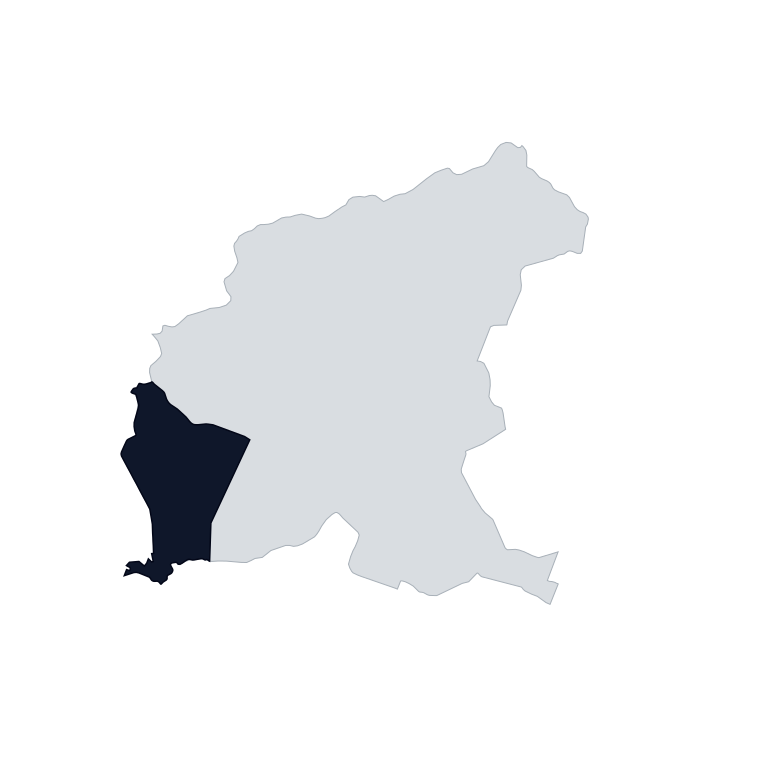 South Sudan, with Eastern Equatoria highlighted, rotated 111°
{"feature_id": "SDS-892", "entity_name": "Eastern Equatoria", "entity_type": "State", "adm_level": 1, "iso_a3": "SSD", "parent_name": "South Sudan", "parent_adm1": "", "projection": "natural_earth1", "projection_center": [34.12, 4.76], "detail": "fine", "context": "in_parent", "style": "filled", "palette": "ink", "viewbox_px": 768, "rotation_deg": 111, "n_neighbors": 0, "source": "natural_earth", "source_scale": "10m", "svg_char_len": 5825}
<svg xmlns="http://www.w3.org/2000/svg" viewBox="0 0 768 768"><g transform="rotate(111 384 384)"><path d="M566.0,579.2L547.1,601.1L545.7,602.4L543.4,604.1L535.8,604.2L527.9,603.1L520.6,597.4L513.2,601.8L508.6,603.2L505.8,603.7L499.2,604.4L490.0,606.8L485.8,609.7L483.5,612.0L481.7,616.3L480.7,616.8L479.0,616.3L476.7,614.5L471.7,612.1L469.2,606.6L467.0,603.3L465.1,601.6L457.2,607.0L453.4,608.3L450.3,608.2L444.7,605.1L438.4,602.5L435.2,602.5L430.3,605.8L424.8,610.6L422.0,615.5L420.6,618.3L418.7,613.9L416.9,611.2L414.2,610.1L409.0,611.2L407.7,609.6L407.4,605.9L406.7,602.4L405.3,599.8L401.3,597.2L390.8,592.0L382.8,581.5L378.8,576.6L375.8,573.5L371.6,565.2L366.9,559.5L361.1,556.9L357.3,558.2L353.4,564.3L345.9,570.0L342.5,570.2L338.2,567.1L332.7,564.9L322.9,563.9L318.8,566.6L313.5,571.0L309.0,573.6L306.2,573.9L303.6,572.9L300.7,572.3L298.1,572.2L292.9,568.2L290.1,565.3L288.3,562.5L285.4,560.6L281.9,559.0L279.4,556.4L278.2,553.3L276.3,549.3L273.7,545.6L265.7,539.1L263.3,535.3L261.7,531.5L258.4,527.4L254.9,521.8L253.8,513.7L253.7,507.2L253.0,504.2L251.5,501.2L249.8,498.6L247.0,495.7L240.5,491.5L233.7,486.7L230.5,483.8L224.4,482.8L220.7,480.0L217.6,473.9L216.4,469.0L213.3,465.2L212.0,462.5L211.3,459.3L213.8,449.7L210.2,446.2L204.9,441.8L201.1,437.0L198.8,432.5L192.0,426.6L177.1,417.8L168.6,412.2L163.9,407.2L159.8,402.2L159.4,400.2L162.1,395.3L162.5,391.2L160.4,386.7L151.5,378.3L144.4,369.0L139.0,366.1L126.1,363.6L122.4,362.6L118.5,360.8L114.7,356.6L113.4,351.7L115.4,343.8L114.2,341.4L112.0,340.7L112.6,339.1L115.1,335.2L119.1,332.7L129.8,328.8L130.4,327.3L130.7,322.4L131.6,320.0L135.3,313.1L135.8,310.4L136.0,304.6L136.6,301.9L137.6,299.9L140.6,296.5L141.6,294.4L142.1,290.0L141.9,281.2L143.4,277.7L150.2,269.7L152.0,266.1L152.7,262.9L152.6,259.6L153.0,256.4L155.1,253.3L156.8,252.3L161.8,251.4L165.1,252.0L188.8,246.5L191.6,247.2L192.8,250.5L192.7,255.7L193.1,258.2L194.3,260.0L198.1,262.4L200.6,266.6L202.0,268.1L205.8,270.9L223.3,294.5L228.2,296.8L233.1,296.0L242.6,291.1L247.4,289.8L280.9,291.2L284.7,290.5L284.9,290.6L289.9,302.4L292.4,305.1L329.1,305.3L328.4,301.9L328.9,298.1L335.4,290.9L336.3,290.0L342.0,286.5L347.5,284.2L358.2,281.5L362.1,277.2L364.3,273.3L364.4,265.6L365.8,264.3L368.3,262.5L380.6,255.6L382.7,254.2L404.4,270.2L416.6,282.9L417.4,283.5L418.0,283.7L418.6,283.3L419.2,282.7L420.7,282.2L425.9,282.0L435.8,281.4L439.0,279.9L458.9,257.2L464.0,250.0L465.3,248.5L468.1,243.4L471.2,234.5L471.8,233.5L493.5,212.3L494.3,210.6L494.5,209.3L491.3,202.1L490.6,198.5L490.4,192.9L491.1,184.2L490.9,178.7L490.6,177.2L490.4,176.9L478.3,161.3L508.9,161.1L509.0,159.2L508.9,158.5L508.3,156.7L508.0,154.2L508.0,152.8L508.2,151.5L508.2,150.8L508.1,150.2L508.1,149.9L508.3,149.7L530.2,150.0L530.0,154.4L527.3,164.8L527.3,171.0L526.7,178.1L525.9,180.3L524.8,182.0L524.4,182.8L524.4,183.6L528.9,223.4L528.6,225.1L527.4,227.6L527.0,228.4L527.0,229.0L527.5,229.5L537.6,233.8L538.1,234.0L538.5,234.4L542.1,239.5L562.1,258.4L562.8,259.3L564.9,265.3L565.1,266.2L565.2,267.6L565.1,268.7L564.6,272.2L564.8,273.8L565.1,274.9L565.4,276.1L565.4,276.5L565.2,277.4L562.2,284.2L561.3,289.1L561.0,293.2L561.2,295.6L561.5,297.1L561.8,297.7L562.0,297.9L570.7,298.0L570.6,300.2L571.8,336.1L571.8,340.1L571.4,345.2L570.4,347.2L568.0,350.0L564.9,352.6L557.1,353.3L550.7,353.2L546.1,352.6L539.8,352.4L533.9,353.0L531.7,355.2L523.9,374.3L521.4,379.0L520.8,381.8L521.5,383.5L524.6,385.9L531.3,389.3L539.0,391.3L544.7,392.1L548.6,393.0L551.6,394.1L562.6,402.8L566.1,406.8L568.0,410.3L568.5,414.2L570.0,418.0L580.0,429.9L589.5,435.5L593.1,441.9L596.6,445.0L599.9,448.3L601.7,453.3L605.8,467.6L608.6,475.2L611.4,481.3L612.6,491.3L614.8,495.8L617.1,501.3L621.0,506.2L625.0,510.0L625.8,511.0L584.7,557.7L566.0,579.2Z" fill="#d9dde1" stroke="#a8b0b8" stroke-width="1"/><path d="M625.8,511.0L626.0,511.6L625.7,512.2L625.3,512.8L625.0,513.4L625.0,514.0L625.1,514.5L626.7,517.3L627.4,518.2L628.2,518.7L629.3,518.5L630.4,517.6L632.3,515.3L633.3,514.5L634.1,514.3L635.1,514.3L636.0,514.4L636.9,514.7L637.9,515.4L639.9,517.2L641.0,517.6L642.1,517.3L643.0,516.9L643.8,516.7L645.0,517.0L648.0,519.2L650.6,520.3L650.8,520.8L649.6,522.9L649.3,524.2L649.4,525.2L650.3,527.2L650.7,528.5L650.7,529.6L650.4,530.7L648.6,533.3L648.4,534.0L648.2,545.2L648.6,547.8L649.7,550.0L656.0,557.8L653.0,557.8L649.5,557.8L649.4,554.6L647.6,554.5L646.3,555.5L646.1,557.8L645.8,559.4L641.7,557.8L641.6,557.7L639.4,553.1L637.5,549.2L639.8,542.5L636.3,541.3L631.7,541.3L633.4,537.2L632.4,535.8L628.8,538.1L625.6,540.1L624.7,538.4L621.5,539.8L617.7,541.4L613.5,543.3L609.7,544.9L606.2,546.5L602.4,548.1L597.9,550.0L594.8,551.8L591.6,553.7L588.4,555.6L584.7,557.8L580.0,563.1L575.4,568.5L570.7,573.9L566.0,579.2L562.3,583.6L558.4,588.0L553.3,594.0L548.8,599.2L545.4,603.1L545.2,603.3L543.5,604.4L541.5,604.7L534.0,604.3L533.0,604.2L529.8,604.0L528.4,603.7L527.4,603.1L521.5,597.6L520.6,597.2L519.8,597.5L517.0,599.9L513.3,602.0L509.5,603.4L502.2,604.1L493.7,604.9L491.6,605.4L483.1,611.4L482.6,612.2L482.5,612.9L482.7,614.8L482.7,615.6L482.6,616.4L482.5,616.7L482.2,617.2L481.6,617.2L478.7,616.5L477.9,616.1L477.2,615.2L476.9,614.6L476.3,613.5L475.8,613.2L475.4,613.2L471.8,612.9L471.2,612.6L470.9,611.6L470.7,609.2L470.5,608.2L469.9,606.9L466.6,602.6L465.5,601.5L465.2,601.4L465.4,600.5L466.5,598.4L469.6,588.6L470.4,586.7L471.3,585.5L476.2,581.5L477.7,579.7L478.8,578.0L479.7,575.9L481.5,567.9L485.8,557.0L488.4,552.5L489.4,550.5L489.9,548.7L490.0,547.0L489.5,545.1L488.8,543.2L485.1,535.8L484.5,533.7L483.4,529.0L483.0,495.3L484.2,489.3L575.8,495.8L611.9,483.3L611.9,483.9L611.5,485.1L611.3,485.7L611.3,486.3L611.5,486.9L612.3,487.8L612.4,488.4L612.3,489.2L612.2,489.8L612.1,490.4L612.2,491.1L612.6,492.3L616.4,498.4L617.0,499.8L617.4,503.0L617.9,504.0L620.0,505.8L623.7,508.3L625.5,509.9L625.8,511.0Z" fill="#0f172a" stroke="#020617" stroke-width="1.5"/></g></svg>